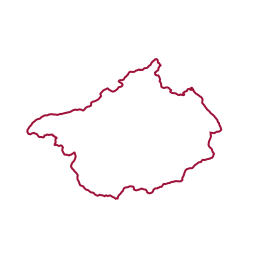 outline of Buenos Aires, Puntarenas, Costa Rica, rotated 117°
{"feature_id": "36466004B75428693831232", "entity_name": "Buenos Aires", "entity_type": "district", "adm_level": 2, "iso_a3": "CRI", "parent_name": "Costa Rica", "parent_adm1": "Puntarenas", "projection": "natural_earth1", "projection_center": [-83.259, 9.079], "detail": "fine", "context": "isolated", "style": "outline", "palette": "rose", "viewbox_px": 256, "rotation_deg": 117, "n_neighbors": 0, "source": "geoboundaries", "source_scale": "gbopen_adm2", "svg_char_len": 5764}
<svg xmlns="http://www.w3.org/2000/svg" viewBox="0 0 256 256"><g transform="rotate(117 128 128)"><path d="M153.9,207.0L155.4,208.7L156.2,209.0L157.3,209.9L158.8,210.5L159.2,210.5L160.0,211.1L160.9,212.1L161.4,212.8L162.1,213.3L163.1,213.8L163.9,214.0L166.8,215.4L169.1,215.5L171.8,216.3L175.6,216.6L176.2,216.3L177.1,216.0L177.6,215.1L178.2,214.4L178.4,213.8L178.1,212.9L178.0,212.2L176.2,211.0L175.0,209.4L175.1,207.7L174.9,207.1L174.9,206.1L175.4,205.4L175.8,204.4L176.1,203.9L176.3,202.9L175.2,200.9L175.1,199.7L174.7,199.1L174.3,198.8L173.6,198.8L173.0,199.0L172.6,199.0L172.3,198.7L171.7,197.8L170.7,197.3L170.5,196.9L170.4,195.7L169.8,195.2L168.9,193.5L168.3,192.6L168.4,191.8L168.7,191.6L168.9,191.1L168.8,189.9L169.4,188.4L169.0,187.9L169.0,187.7L169.3,187.1L170.2,187.4L170.9,187.5L172.5,186.8L173.0,186.2L173.5,186.0L175.6,186.0L176.3,185.7L176.3,185.3L176.2,185.0L175.5,184.7L175.4,181.5L174.9,180.8L174.1,180.1L173.9,179.7L173.9,178.9L174.9,177.1L176.8,176.9L177.6,176.6L178.6,175.4L179.0,174.7L179.6,174.1L180.4,172.5L180.4,172.0L179.8,171.1L179.4,169.3L179.3,168.4L179.2,168.0L178.2,167.3L177.5,166.5L175.9,165.7L175.1,165.1L174.2,164.7L174.2,164.4L176.8,161.9L178.5,161.3L180.7,161.1L182.4,161.3L183.9,161.8L185.2,161.8L186.0,161.8L186.3,161.7L187.8,161.5L188.0,161.1L188.6,160.8L189.6,159.1L190.0,157.4L190.6,156.6L191.4,154.1L192.1,152.6L193.0,151.3L193.4,151.0L194.8,150.9L195.6,150.2L196.7,149.6L198.4,147.0L199.2,146.5L200.7,144.6L200.4,141.4L200.5,140.9L200.8,140.7L201.1,140.2L201.8,138.0L201.9,136.7L201.5,135.9L201.5,135.5L202.2,131.8L201.5,129.9L201.5,129.0L202.3,126.9L202.3,125.1L201.9,124.0L201.4,123.6L200.9,123.4L200.3,122.8L200.1,121.7L199.4,119.2L199.4,117.9L198.7,117.6L198.3,117.1L197.9,116.9L197.9,115.1L196.5,113.9L196.1,113.0L196.4,111.6L196.3,108.2L196.6,106.7L195.9,106.2L195.5,105.3L194.0,105.6L192.3,105.7L189.7,104.8L187.8,104.6L186.9,104.1L183.8,104.2L183.0,103.9L182.2,103.3L181.1,101.7L180.4,100.9L179.8,100.6L179.3,100.1L178.7,99.0L177.9,96.7L178.2,96.1L179.2,95.2L179.8,95.1L180.1,94.5L180.1,93.8L179.9,93.1L179.9,92.5L179.0,91.4L178.3,90.8L177.5,89.8L175.7,88.3L175.6,86.6L175.0,84.4L175.0,83.8L175.6,82.8L176.4,82.0L176.6,81.7L176.6,81.0L176.8,80.4L176.5,79.8L176.3,78.9L175.0,77.6L173.9,77.1L172.5,77.0L172.2,77.2L171.3,77.2L170.0,76.7L169.3,76.0L168.6,74.6L167.8,74.3L167.0,73.3L166.0,72.8L165.7,72.5L165.5,71.8L164.9,71.3L161.8,70.9L161.3,70.1L161.2,69.6L160.9,69.1L158.8,67.1L158.4,66.3L157.7,65.6L156.9,65.2L156.2,64.5L155.5,63.5L155.2,62.8L154.4,62.4L153.8,61.4L153.4,61.0L153.0,59.7L152.7,59.2L152.5,58.4L152.2,58.0L151.4,56.6L150.9,56.6L149.9,55.9L149.1,56.2L148.5,56.7L147.3,56.9L145.2,56.8L143.7,57.1L140.6,57.5L139.4,57.5L138.1,57.0L137.5,56.3L135.9,54.9L135.1,53.3L134.6,52.6L133.4,52.2L133.0,52.0L131.3,51.8L128.3,50.2L126.6,49.5L125.3,47.7L124.9,47.5L124.1,47.5L123.2,47.3L122.4,46.9L122.1,46.4L121.9,45.4L121.2,44.5L120.0,43.5L118.3,41.3L117.9,41.0L117.1,40.5L116.2,39.5L114.6,39.4L112.0,39.7L111.5,40.3L111.3,41.0L110.7,41.8L109.3,43.4L108.8,43.7L108.5,44.4L108.2,46.1L107.6,47.2L106.9,48.2L106.1,48.8L104.7,49.2L103.2,49.8L101.2,49.8L98.0,50.2L97.3,50.5L96.4,51.4L95.5,51.6L94.7,52.3L94.5,51.5L93.9,50.3L93.8,49.6L93.5,49.0L93.2,48.8L92.8,48.3L91.2,47.4L90.8,46.9L90.5,46.1L89.6,45.1L88.4,44.4L87.1,44.2L85.8,45.4L84.6,46.7L84.4,47.3L83.6,48.0L83.1,48.6L82.3,49.2L82.0,50.5L81.0,51.4L80.3,52.2L80.0,52.9L79.7,53.3L79.1,54.9L78.1,56.9L77.6,59.0L77.1,61.5L76.7,62.0L76.1,63.5L75.7,65.4L75.3,66.4L74.9,67.0L74.7,67.6L73.0,70.8L72.1,73.0L71.6,73.5L68.6,74.6L67.9,75.5L67.2,77.1L67.2,78.5L66.8,79.6L66.7,81.4L66.5,81.9L66.5,83.5L65.9,84.6L65.7,85.4L65.4,86.0L65.1,86.2L64.9,86.8L64.2,87.3L63.2,89.2L63.4,89.8L63.8,90.0L64.5,88.5L64.7,88.3L64.9,88.3L65.1,88.5L65.5,89.6L65.4,90.8L65.5,91.2L66.4,92.4L68.3,92.4L69.0,93.0L69.4,93.6L70.3,94.0L71.3,94.7L71.9,94.6L72.3,93.6L72.5,93.2L72.9,93.1L73.4,93.2L74.0,94.6L74.2,96.4L75.2,97.0L75.5,97.5L75.7,98.4L75.7,99.1L75.5,101.3L76.8,104.7L76.8,105.4L76.6,106.0L76.6,106.6L76.4,106.9L74.7,106.8L74.4,108.5L73.9,109.6L73.8,110.6L74.0,111.4L74.7,112.7L75.7,113.7L76.2,114.4L76.2,116.7L76.0,116.9L75.8,117.2L75.6,117.3L72.8,119.3L72.3,120.6L71.8,121.2L70.6,121.2L69.1,122.5L68.0,123.9L67.5,124.6L67.4,125.0L68.0,125.9L68.1,126.9L68.2,127.5L68.1,127.8L66.9,128.9L66.5,129.1L66.1,129.1L65.4,128.5L64.4,128.4L63.1,127.5L62.7,127.4L61.7,127.6L60.7,128.1L59.9,127.9L58.7,128.0L58.0,127.6L57.5,127.5L57.5,127.9L57.1,128.1L56.1,129.8L56.2,130.1L56.2,130.7L56.1,131.0L55.1,131.6L53.9,132.7L53.7,133.4L53.8,134.1L54.6,135.1L55.8,135.3L57.0,136.0L59.1,136.6L61.7,136.6L62.7,137.3L63.3,137.6L64.5,137.7L66.0,138.5L67.1,140.2L67.5,140.6L69.7,141.4L70.2,142.8L70.7,143.2L71.0,143.6L71.0,143.9L70.8,144.3L70.9,144.7L72.3,145.9L73.2,146.9L74.9,147.8L75.4,148.3L75.9,149.2L76.8,151.4L77.6,152.1L78.6,152.3L80.8,152.4L81.6,152.8L82.8,152.9L83.6,153.5L84.1,153.7L86.9,153.9L88.2,155.2L88.9,156.7L89.6,157.3L90.6,157.4L91.0,156.4L91.0,154.5L91.2,153.3L92.0,152.4L93.4,152.4L93.9,152.7L94.6,153.2L95.6,154.6L96.1,154.9L97.7,155.0L100.7,156.3L102.2,157.7L102.6,158.5L102.5,162.3L102.1,163.4L102.0,164.2L105.6,167.0L110.0,168.2L110.5,167.8L111.3,166.9L112.0,166.5L112.8,166.6L113.7,167.0L115.0,167.1L116.2,167.6L118.3,169.0L119.6,170.1L120.3,171.1L121.8,172.1L122.3,172.2L123.6,171.7L124.3,171.3L124.9,171.2L126.5,172.4L127.1,173.4L128.4,174.4L129.4,174.9L130.4,175.0L132.5,175.6L132.9,176.4L132.9,177.6L133.2,179.4L133.6,180.0L135.1,181.4L135.3,182.7L135.6,183.5L136.3,184.0L136.8,184.8L139.9,186.8L140.9,187.9L141.3,188.4L141.6,189.1L142.7,190.0L143.1,190.8L144.1,191.7L144.6,192.5L145.8,193.6L146.1,194.6L148.0,196.4L148.5,197.1L148.8,198.4L149.5,199.8L150.5,202.7L151.5,203.9L151.8,204.5L153.4,205.6L153.9,206.8L153.9,207.0Z" fill="none" stroke="#9f1239" stroke-width="2"/></g></svg>